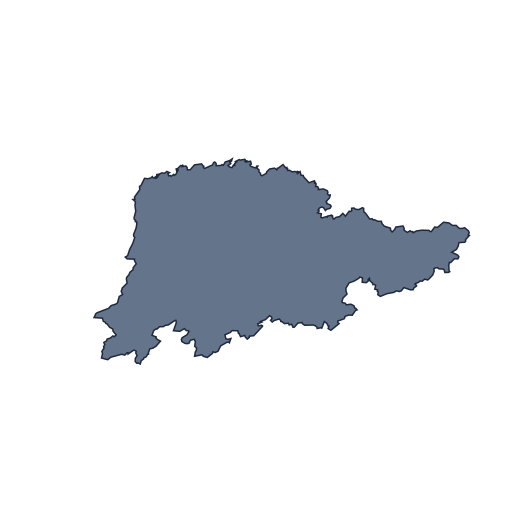 Monaghan Lea-7, Monaghan, Ireland (Equal Earth projection), rotated 323°
{"feature_id": "5873133B95060557510976", "entity_name": "Monaghan Lea-7", "entity_type": "district", "adm_level": 2, "iso_a3": "IRL", "parent_name": "Ireland", "parent_adm1": "Monaghan", "projection": "equal_earth", "projection_center": [-6.973, 54.288], "detail": "fine", "context": "isolated", "style": "filled", "palette": "slate", "viewbox_px": 512, "rotation_deg": 323, "n_neighbors": 0, "source": "geoboundaries", "source_scale": "gbopen_adm2", "svg_char_len": 6135}
<svg xmlns="http://www.w3.org/2000/svg" viewBox="0 0 512 512"><g transform="rotate(323 256 256)"><path d="M400.0,385.0L401.3,385.1L401.2,384.2L404.2,379.6L406.5,377.6L407.6,378.4L412.8,377.6L415.5,379.8L417.5,378.8L417.7,376.8L414.6,370.8L420.0,371.4L423.6,369.7L426.1,367.4L430.9,370.6L432.3,370.4L433.2,369.1L438.8,368.0L438.0,366.9L440.3,365.7L440.8,363.7L439.6,358.9L437.4,358.2L434.9,356.2L434.3,352.1L431.3,349.8L430.0,345.7L426.1,341.9L418.1,342.4L416.2,340.4L410.8,342.0L409.9,341.4L409.5,339.6L404.0,335.2L399.1,332.5L395.6,332.1L395.9,330.9L394.7,330.1L394.3,328.6L391.0,328.2L389.8,324.4L391.0,323.0L391.5,320.5L385.0,317.0L382.7,318.3L379.2,318.7L379.0,316.6L380.1,314.6L376.4,309.4L376.1,306.1L377.0,303.7L374.2,301.6L372.5,298.4L371.3,297.7L371.2,296.1L369.1,295.0L369.2,287.5L368.7,285.5L370.7,282.7L370.1,281.5L365.9,280.7L363.6,278.5L363.2,276.7L361.1,275.4L359.7,277.4L358.2,277.3L357.4,276.3L351.4,278.0L351.0,274.2L346.3,274.8L343.0,273.2L340.7,273.5L340.0,272.6L341.3,269.8L340.6,269.5L340.8,268.8L337.1,267.2L336.3,267.7L336.1,267.0L331.5,265.2L331.1,264.2L333.6,261.6L331.1,258.6L333.2,258.2L333.9,257.3L333.3,256.6L335.3,255.9L337.6,256.2L339.0,258.0L338.8,261.5L340.6,261.2L343.7,262.5L345.9,261.6L346.1,260.1L344.1,256.6L344.8,255.7L344.6,254.8L349.7,253.8L351.6,252.4L352.0,251.8L350.7,251.3L350.4,249.4L351.8,248.4L352.2,246.8L350.2,243.0L345.8,240.5L346.6,239.8L347.0,237.7L345.4,236.4L347.4,234.6L346.6,233.3L347.7,232.9L347.2,232.2L347.9,231.1L342.4,229.4L341.7,221.3L342.2,220.1L340.6,218.6L342.0,215.1L340.1,215.2L340.6,214.3L340.0,213.4L338.7,214.5L338.9,213.3L338.0,212.0L335.5,210.5L334.3,207.6L332.9,206.9L332.9,206.0L333.7,205.5L333.2,204.4L333.9,203.9L332.7,203.2L332.6,199.2L326.4,199.2L325.4,198.3L325.8,199.0L324.5,199.7L323.6,196.9L319.2,194.7L315.3,195.2L313.8,196.2L309.0,195.5L308.5,194.2L309.3,192.6L309.0,190.7L310.3,188.8L309.5,186.2L311.6,185.3L310.5,184.6L309.3,185.5L308.3,185.1L305.7,181.0L306.2,179.3L307.6,179.8L308.7,177.0L304.3,174.8L304.3,174.2L305.4,174.2L304.5,173.5L305.3,173.2L305.2,172.0L301.1,169.9L300.6,168.9L296.5,168.2L296.9,169.2L294.6,169.3L293.5,170.9L292.9,170.6L293.4,169.9L292.5,169.9L290.0,171.0L288.4,168.9L288.1,166.9L291.5,167.0L291.6,165.2L293.4,165.5L295.4,164.1L292.7,164.0L288.0,162.4L284.5,163.9L283.8,162.5L282.7,162.7L278.5,159.9L279.9,158.0L279.6,156.1L278.3,155.9L276.0,157.1L267.5,155.1L267.3,153.8L268.4,152.9L267.9,152.1L268.0,149.7L261.7,146.2L255.5,147.5L253.0,145.9L254.3,143.8L254.2,141.9L250.9,140.2L252.7,139.3L251.1,139.3L250.2,138.4L246.1,139.0L244.6,138.4L243.9,140.1L245.4,139.9L245.6,140.5L240.9,142.6L239.3,142.4L239.4,141.3L236.1,141.3L236.0,140.1L234.5,139.4L235.3,137.1L237.1,137.4L235.7,134.8L232.7,134.9L230.9,133.0L228.6,132.4L226.3,133.1L227.2,132.0L225.8,131.2L225.1,132.3L223.4,132.3L224.6,133.7L223.3,134.0L220.9,131.9L221.0,130.2L219.1,130.4L216.2,129.3L213.7,126.9L206.6,130.5L204.9,130.3L203.0,133.1L194.4,135.8L193.5,137.8L191.7,136.8L192.4,140.1L189.8,142.7L186.8,148.0L181.7,152.0L180.8,153.6L181.3,154.9L180.3,155.9L181.2,156.9L179.9,158.8L177.1,161.5L171.1,165.2L170.3,166.5L170.4,168.2L165.1,171.8L158.9,174.8L153.7,178.5L150.9,178.2L151.4,180.8L157.1,185.4L156.2,186.4L155.6,190.2L151.1,191.3L149.3,193.0L145.5,193.1L143.3,194.5L140.0,195.2L138.7,196.2L136.7,200.1L130.1,201.0L127.1,203.1L126.3,206.5L122.4,206.0L117.4,209.9L115.6,210.2L110.4,208.4L106.8,209.1L95.0,205.7L93.3,205.7L89.6,207.7L95.9,213.2L94.8,216.3L95.7,217.7L95.5,219.5L96.2,220.5L96.2,224.8L97.7,228.1L96.6,230.0L96.8,234.8L94.3,235.2L93.6,233.7L90.2,233.9L87.2,232.7L85.6,233.8L82.4,233.5L81.8,235.9L79.8,236.6L79.2,238.1L75.5,239.4L74.7,241.6L71.2,244.5L75.2,249.6L79.0,249.4L89.5,253.6L91.6,256.2L95.0,255.7L95.6,256.2L94.8,257.3L101.4,257.6L102.4,258.3L103.0,260.0L101.6,261.1L101.1,264.0L97.9,265.2L96.0,267.6L96.3,270.0L97.8,270.9L98.5,272.6L101.4,270.5L104.1,270.6L105.0,269.9L107.8,270.4L109.9,269.3L111.2,269.7L111.7,268.6L115.3,266.2L118.0,267.5L121.8,267.9L128.5,266.5L127.0,263.3L126.7,261.2L127.6,260.6L125.2,256.8L129.5,254.0L131.9,254.0L132.9,254.8L136.3,254.4L139.6,256.7L142.0,256.8L144.4,258.3L152.4,258.7L153.3,259.2L152.1,261.4L145.1,266.0L149.8,270.3L155.1,270.9L155.4,273.6L157.1,275.0L157.1,275.9L153.3,277.4L147.8,276.8L146.3,277.6L145.3,279.7L146.9,283.4L149.1,285.1L150.3,285.3L152.8,283.8L156.5,285.3L156.1,287.7L152.7,291.3L153.2,293.4L151.8,295.3L149.7,296.2L146.6,299.1L153.5,302.5L153.5,304.3L156.0,307.7L162.6,307.6L163.9,306.6L165.4,308.5L168.3,309.2L173.8,306.5L180.7,307.4L182.4,308.3L182.5,309.3L186.3,306.8L183.6,305.8L182.1,304.0L183.8,300.2L189.4,301.6L192.0,301.2L196.5,304.8L195.4,307.2L195.9,307.5L195.1,311.1L198.9,312.6L199.4,312.1L198.7,314.2L199.0,317.1L201.6,317.0L202.4,316.0L206.2,318.3L218.8,316.1L219.2,315.6L218.8,314.7L215.8,313.1L216.6,311.2L220.8,312.3L220.2,311.0L225.3,312.5L230.9,311.8L231.7,314.3L230.9,315.7L228.9,316.1L229.2,318.5L231.8,318.5L236.7,320.3L236.9,322.6L236.4,323.2L237.4,324.4L237.9,327.0L241.5,329.3L241.0,331.0L243.4,332.0L242.6,335.2L243.9,335.9L249.1,334.8L252.8,336.9L252.3,337.8L253.2,340.6L260.2,345.6L261.5,347.5L261.8,349.6L261.2,350.7L264.4,352.2L265.1,353.2L271.1,349.5L272.0,352.4L271.5,355.5L272.0,355.9L269.9,357.4L271.1,360.4L281.7,360.0L281.3,358.2L282.1,357.2L288.9,359.2L290.6,357.9L292.2,358.2L294.7,359.1L297.2,361.2L302.7,359.4L304.3,359.9L304.2,357.8L303.5,357.2L304.3,354.7L302.7,351.5L298.7,349.4L298.9,347.5L296.8,344.9L297.0,344.3L300.3,341.9L305.8,341.2L306.6,338.5L308.4,335.8L314.3,333.5L319.3,335.1L324.8,335.7L326.2,335.2L327.8,337.6L325.0,340.9L328.1,343.7L330.6,343.5L331.5,342.2L333.2,342.0L332.0,344.2L332.7,347.4L332.2,349.3L333.2,349.7L333.9,351.4L330.9,354.0L332.7,356.1L331.6,357.3L332.0,358.3L330.0,360.2L331.0,363.1L337.7,364.8L344.3,368.1L347.1,368.3L349.2,370.7L350.9,371.3L355.1,370.2L358.9,375.9L361.2,377.5L362.9,376.5L366.1,376.6L366.6,375.9L365.9,374.6L366.5,373.8L369.8,374.9L371.9,374.7L373.6,376.2L376.8,376.0L378.7,378.5L381.0,378.3L385.8,377.5L389.2,375.3L390.4,373.2L391.9,373.4L393.8,374.4L394.4,376.4L397.5,379.0L398.0,380.2L396.9,382.9L400.0,385.0Z" fill="#64748b" stroke="#1e293b" stroke-width="1.5"/></g></svg>